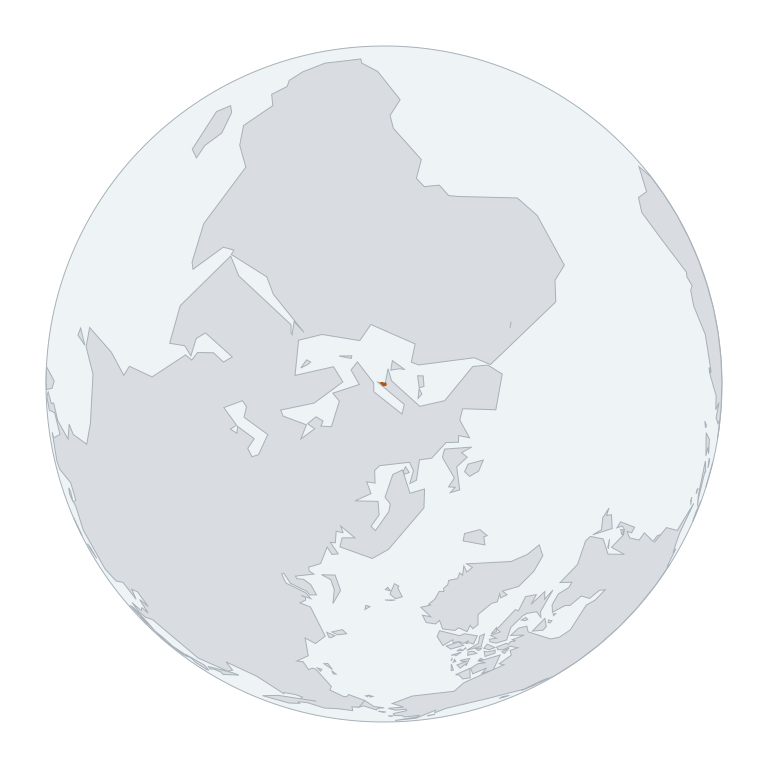 globe centered on Taranto, rotated 177°
{"feature_id": "ITA-5408", "entity_name": "Taranto", "entity_type": "Province", "adm_level": 1, "iso_a3": "ITA", "parent_name": "Italy", "parent_adm1": "", "projection": "orthographic", "projection_center": [17.129, 40.529], "detail": "fine", "context": "on_globe", "style": "filled", "palette": "amber", "viewbox_px": 768, "rotation_deg": 177, "n_neighbors": 0, "source": "natural_earth", "source_scale": "10m", "svg_char_len": 11356}
<svg xmlns="http://www.w3.org/2000/svg" viewBox="0 0 768 768"><g transform="rotate(177 384 384)"><circle cx="384" cy="384" r="338" fill="#eef3f6" stroke="#a8b0b8"/><path d="M229.3,83.6L244.7,77.5L235.3,81.8L241.4,79.8L253.7,74.7L260.3,71.9L298.0,64.3L339.4,56.8L350.5,53.0L349.6,55.6L369.4,48.6L390.6,47.4L367.7,49.9L366.3,51.3L381.2,50.4L383.0,51.8L391.2,52.4L391.9,54.4L378.5,56.6L378.7,58.1L389.3,57.6L396.7,59.9L381.2,60.3L392.5,64.5L372.2,70.9L330.0,73.5L319.7,81.6L278.9,97.3L283.6,98.6L271.1,106.5L272.0,111.3L264.2,113.6L271.6,115.5L278.5,112.6L284.1,112.6L285.3,115.4L275.5,118.6L273.5,117.6L271.2,120.1L265.9,120.6L269.2,121.9L257.2,125.9L270.6,126.3L262.4,133.2L254.0,134.7L253.0,128.9L231.0,120.7L222.2,121.9L210.8,128.7L193.5,152.7L184.6,157.0L173.9,166.9L179.6,166.7L190.0,159.1L198.0,162.0L209.8,153.1L214.8,153.3L227.7,147.2L227.7,154.6L220.8,165.3L210.1,171.0L206.7,176.2L218.5,176.5L200.2,193.6L190.9,216.8L185.9,221.0L173.3,217.8L169.2,202.4L152.9,201.3L165.4,209.0L152.8,220.7L151.5,225.9L153.4,229.7L158.9,228.2L155.0,234.0L141.2,227.8L144.5,222.4L148.9,224.1L146.8,217.4L137.4,214.8L131.8,221.7L123.5,212.8L119.4,217.9L115.3,219.3L122.4,211.5L109.4,225.8L98.8,222.4L80.9,248.6L96.4,220.0L100.6,209.7L104.2,200.3L101.1,204.3L110.0,188.4L111.0,185.0L107.9,189.1L124.4,167.7L142.6,147.6L162.2,129.0L183.3,112.1L205.7,96.9L229.3,83.6ZM81.8,232.8L83.0,230.6L79.3,239.6L73.4,250.9L81.8,232.8ZM68.1,264.0L63.5,277.6L59.8,288.7L68.1,264.0ZM53.8,312.2L53.1,315.8L50.7,330.4L52.6,327.0L54.1,332.9L50.4,347.9L54.1,340.9L52.9,354.6L58.1,377.4L56.7,379.0L60.5,416.5L70.6,445.6L72.8,461.6L71.1,465.9L75.9,475.2L76.1,479.8L100.6,516.0L117.6,541.9L120.1,556.9L111.7,562.3L118.0,587.7L106.7,577.0L108.7,579.9L94.9,559.0L82.7,537.1L72.2,514.3L63.4,490.8L56.4,466.8L51.1,442.3L47.7,417.4L46.2,392.4L46.5,367.3L48.7,342.3L51.1,326.7L52.4,318.9L52.2,319.8L53.8,312.2ZM76.0,256.0L67.1,290.3L67.3,279.2L68.2,279.3L71.4,268.7L75.9,253.7L77.4,245.5L76.0,256.0ZM82.9,252.1L84.1,247.4L83.6,251.0L82.9,252.1ZM262.9,70.6L253.7,74.5L242.0,79.1L249.4,75.5L262.9,70.6ZM285.4,64.0L281.6,65.7L275.1,66.5L279.3,65.3L285.4,64.0ZM358.1,50.6L350.3,51.5L357.3,50.3L358.1,50.6ZM392.2,52.2L393.9,51.7L397.4,52.4L392.2,52.2ZM226.8,143.8L227.2,145.5L224.6,145.7L226.8,143.8ZM232.0,139.7L228.7,138.7L230.7,136.7L232.7,137.3L232.0,139.7ZM401.8,56.1L407.0,57.7L399.4,56.4L401.8,56.1ZM235.6,141.5L234.6,133.2L238.1,129.8L248.7,129.5L235.6,141.5ZM408.5,58.9L421.3,63.6L426.1,62.5L419.7,68.9L411.0,62.4L400.8,60.7L407.6,60.4L408.5,58.9ZM280.3,110.5L272.9,113.7L278.0,108.6L280.3,110.5ZM282.2,107.3L289.9,92.8L301.4,90.0L296.4,95.1L310.5,89.9L312.3,95.5L305.0,99.7L297.2,100.3L303.8,102.1L282.2,107.3ZM414.2,72.1L415.3,73.9L411.5,72.6L414.2,72.1ZM286.8,112.3L287.3,109.4L297.3,106.6L298.0,111.9L294.5,111.1L286.8,112.3ZM313.3,86.1L320.8,85.3L324.3,89.5L327.7,89.9L313.3,95.5L313.3,86.1ZM292.9,113.1L298.1,114.8L294.5,118.8L286.9,115.0L292.9,113.1ZM299.5,103.7L304.3,102.8L301.9,105.0L299.5,103.7ZM284.4,134.8L284.8,130.8L290.0,128.9L284.4,134.8ZM300.3,115.2L301.6,113.9L303.7,112.8L306.3,114.8L300.3,115.2ZM316.8,98.3L316.7,100.4L322.9,96.2L325.8,99.6L315.6,102.8L321.2,102.9L322.1,104.0L312.8,105.5L316.8,98.3ZM315.3,113.8L303.4,119.9L301.5,127.3L296.8,129.1L300.7,116.9L315.3,113.8ZM314.7,108.7L314.0,112.2L308.5,112.4L305.5,110.1L314.7,108.7ZM331.4,100.9L329.6,94.7L331.9,94.3L331.4,100.9ZM315.9,115.9L318.7,114.4L316.4,116.4L315.9,115.9ZM327.9,105.3L326.9,103.1L329.5,102.6L327.9,105.3ZM325.3,113.6L321.4,115.4L319.3,113.8L325.3,113.6ZM327.3,109.7L331.2,109.6L320.8,112.1L326.5,108.8L327.3,109.7ZM330.5,105.2L331.7,104.2L330.5,106.2L330.5,105.2ZM335.6,119.0L323.1,122.5L318.3,118.8L331.2,115.8L335.6,119.0ZM222.2,544.3L197.7,493.2L207.8,478.7L208.2,457.0L276.6,397.9L292.7,405.5L348.4,401.2L355.6,404.4L350.8,422.4L394.0,444.1L405.9,428.6L443.2,436.7L467.0,432.2L472.4,397.2L433.5,403.9L425.0,388.2L454.8,368.6L488.6,363.4L486.4,357.2L463.6,347.3L469.9,333.5L455.5,342.9L462.4,348.4L453.6,354.8L446.8,350.2L449.3,345.3L438.7,344.1L429.5,369.2L435.6,377.5L408.7,384.8L416.2,399.7L409.4,407.5L394.2,385.5L394.6,376.8L367.6,353.0L364.8,362.5L390.1,386.1L382.8,384.5L379.2,399.0L376.3,386.8L349.4,359.8L324.2,364.2L294.5,396.8L279.3,397.5L265.4,387.8L273.7,352.4L306.8,355.2L310.2,344.0L301.4,325.8L312.2,328.6L312.7,321.9L325.1,322.3L340.3,307.4L352.6,306.4L356.6,286.2L363.4,283.3L359.1,295.8L362.6,304.5L392.7,302.7L397.9,298.1L398.1,285.5L406.4,287.2L402.7,275.2L419.1,268.8L396.1,267.1L395.7,253.5L404.5,242.5L400.2,238.0L385.9,256.2L384.0,263.9L388.9,270.9L379.9,293.2L370.0,297.2L363.8,273.5L349.0,277.0L350.6,258.2L388.2,218.6L404.9,210.4L436.6,223.7L433.8,232.6L421.1,231.9L434.7,244.5L432.7,237.7L439.5,239.4L440.9,228.0L445.8,228.7L438.7,216.8L444.9,216.5L449.3,224.1L456.7,208.0L469.0,205.0L468.3,201.1L464.0,197.8L482.5,196.8L481.2,194.1L474.6,193.2L467.6,187.4L462.5,177.0L469.2,177.2L471.9,181.0L487.7,189.7L494.0,200.4L496.2,199.6L492.4,190.4L473.1,179.6L468.2,173.4L477.8,177.2L473.9,175.3L473.5,172.3L479.4,169.8L469.1,165.2L455.9,135.3L466.0,128.4L476.1,134.5L473.9,116.6L485.5,111.9L479.4,110.9L474.2,102.7L470.6,104.0L467.2,103.0L452.4,84.7L454.1,81.3L440.8,74.0L437.6,73.7L435.6,75.7L419.7,68.9L426.1,62.5L432.9,63.3L432.3,59.5L447.8,62.3L460.4,63.5L477.8,70.0L486.3,71.1L485.0,69.5L495.6,70.4L521.6,79.1L506.0,78.6L468.1,70.8L484.0,74.1L482.0,75.7L488.7,78.5L499.9,81.1L500.2,79.9L526.3,98.8L556.3,114.8L550.2,106.2L555.0,105.3L583.9,120.0L627.5,160.9L634.3,163.4L640.5,169.2L647.1,178.9L638.4,170.5L637.5,173.3L631.5,167.6L639.3,181.6L631.1,174.1L641.1,189.4L646.6,192.2L642.8,182.0L655.0,199.5L662.0,201.4L672.2,213.9L691.9,253.7L698.0,277.3L700.3,282.8L697.8,284.0L702.0,301.7L712.4,316.1L714.7,324.3L717.9,353.1L716.7,347.5L710.2,350.6L714.4,372.6L719.5,375.2L721.4,389.3L719.8,393.6L717.2,381.8L714.9,382.4L711.7,364.4L702.4,345.6L700.5,360.3L697.0,349.9L684.0,339.4L679.2,360.3L674.1,408.9L679.5,436.8L675.0,455.8L654.6,430.0L643.4,406.3L637.3,415.0L615.2,403.2L580.7,423.4L574.7,417.9L568.5,425.2L552.7,424.1L543.1,414.3L534.1,419.0L559.6,444.4L569.1,439.3L575.4,422.2L580.9,432.6L595.9,435.9L583.4,472.9L530.4,519.8L523.4,499.6L473.7,448.0L474.2,440.3L473.9,439.5L473.2,438.1L470.5,451.0L461.3,439.9L489.8,479.4L495.4,497.1L529.7,521.3L526.9,525.7L537.4,529.0L568.7,508.6L569.3,515.7L555.6,553.6L510.6,607.8L515.6,630.0L510.7,649.5L480.5,667.8L481.0,679.2L465.1,686.2L462.7,692.2L448.7,700.0L426.2,707.5L390.1,709.8L389.5,705.7L373.9,696.4L353.0,667.1L363.9,651.9L361.3,638.9L335.0,606.2L340.9,587.7L333.5,579.0L318.4,579.7L309.6,568.8L300.3,567.4L241.1,562.8L222.2,544.3ZM255.2,433.3L253.8,439.8L255.2,433.3ZM526.2,374.8L545.2,368.8L533.4,350.6L539.8,347.0L533.4,342.5L532.5,349.4L516.5,336.2L523.5,326.8L519.6,318.2L513.0,320.0L502.7,339.6L525.5,358.1L522.5,368.5L526.2,374.8ZM58.3,377.9L58.5,383.6L57.3,380.0L58.3,377.9ZM64.9,283.3L64.1,288.3L63.0,293.0L63.0,290.1L64.9,283.3ZM65.2,323.3L65.6,330.1L64.1,325.6L65.2,323.3ZM66.3,295.4L64.8,318.5L62.0,311.7L63.4,297.4L63.9,303.7L66.3,295.4ZM78.1,257.9L77.1,261.9L75.7,263.5L78.1,257.9ZM82.6,254.9L82.6,254.0L84.1,250.5L82.6,254.9ZM153.6,221.0L154.6,221.7L155.3,226.4L152.7,225.8L153.6,221.0ZM172.5,239.1L165.8,248.3L168.7,241.0L163.7,241.6L163.7,227.7L183.4,222.5L174.5,227.0L172.5,239.1ZM169.1,208.7L166.9,217.4L168.5,208.2L169.1,208.7ZM303.3,287.3L308.1,292.2L304.3,299.5L288.8,302.9L294.1,292.0L303.3,287.3ZM315.8,297.5L313.9,274.3L323.5,272.0L318.4,277.1L324.9,277.9L318.6,286.4L329.5,307.7L326.9,315.8L299.7,316.4L310.1,311.4L304.7,306.6L315.8,297.5ZM292.3,226.2L291.6,218.0L313.2,223.2L311.4,230.4L295.8,233.6L288.9,227.2L292.3,226.2ZM254.5,143.4L252.8,141.3L255.5,140.2L259.2,141.1L254.5,143.4ZM284.2,133.1L264.6,151.9L261.7,150.3L253.7,164.3L242.9,165.7L248.5,156.4L234.2,168.4L234.9,160.6L226.1,169.4L239.6,148.6L239.6,142.7L243.6,148.6L253.5,147.4L257.8,145.1L270.0,134.5L275.0,122.0L285.6,119.4L291.7,121.0L292.1,123.6L285.1,124.3L290.7,127.3L280.9,130.4L284.2,133.1ZM357.7,151.1L349.4,149.1L358.9,159.1L349.2,160.8L350.9,161.8L344.5,166.4L339.7,174.0L335.0,173.7L335.2,176.8L330.9,180.2L329.6,184.5L320.7,185.8L318.3,191.4L315.5,188.9L313.8,198.2L311.1,191.9L305.3,196.2L311.0,200.1L266.4,200.1L249.8,206.3L237.4,215.2L234.4,204.2L244.1,189.2L260.1,174.8L276.5,171.0L272.1,167.1L278.7,164.3L279.4,168.5L282.3,160.5L287.9,159.4L302.1,148.9L302.8,138.7L308.1,135.0L310.6,138.5L314.0,132.4L322.3,136.6L326.2,134.2L338.3,136.3L340.9,145.0L345.1,141.7L354.4,143.6L357.7,151.1ZM338.9,119.8L344.2,129.0L341.4,134.7L321.5,128.7L316.8,130.4L304.0,127.6L308.3,119.6L311.5,121.0L315.7,120.6L312.7,123.3L318.2,120.9L322.9,123.0L328.5,121.8L328.7,125.0L338.9,119.8ZM362.9,397.6L368.3,398.4L376.5,397.5L374.4,406.9L362.9,397.6ZM344.2,379.5L349.0,378.4L350.0,390.5L344.4,390.0L344.2,379.5ZM350.7,367.9L349.2,377.4L346.7,372.0L350.7,367.9ZM363.4,294.4L368.4,292.8L369.2,295.7L366.9,300.2L363.4,294.4ZM384.0,184.0L379.7,181.3L380.9,179.6L376.9,170.5L383.9,169.0L389.0,173.9L384.0,184.0ZM466.3,404.4L460.0,412.2L456.1,409.7L459.1,407.5L466.3,404.4ZM415.4,411.2L427.5,414.3L414.7,413.8L415.4,411.2ZM390.9,180.8L388.4,177.1L393.4,178.7L390.9,180.8ZM388.7,167.4L394.4,168.3L384.2,167.7L388.7,167.4ZM563.2,628.5L537.0,664.8L522.6,670.0L521.9,663.2L532.9,643.1L550.3,631.7L559.5,619.6L563.2,628.5ZM720.3,416.9L719.8,418.4L713.2,404.3L715.7,397.1L721.4,396.1L721.2,401.3L721.5,401.5L720.3,416.9ZM680.7,438.3L687.1,448.9L684.0,455.7L680.7,438.3ZM703.6,290.1L704.3,296.9L702.7,293.4L700.7,282.7L703.6,290.1ZM680.0,225.0L686.2,235.4L688.6,240.0L685.8,236.1L680.0,225.0ZM446.5,167.4L444.4,181.3L447.4,191.4L456.3,196.8L442.8,195.7L438.2,180.1L446.5,167.4ZM454.1,139.0L446.2,135.2L450.1,133.4L452.4,134.1L454.1,139.0ZM449.0,139.1L438.5,140.9L434.4,136.6L443.5,135.9L449.0,139.1ZM414.8,159.8L413.7,163.9L409.7,162.4L414.8,159.8ZM700.9,266.7L695.5,253.6L693.4,248.3L697.4,257.7L700.9,266.7ZM639.8,164.6L636.1,161.0L632.0,155.9L635.8,159.7L639.8,164.6ZM615.4,138.0L629.7,153.4L640.6,167.1L640.7,166.2L649.4,176.4L645.4,173.4L632.5,158.1L625.6,149.3L617.7,142.1L608.4,132.9L599.9,126.7L593.6,121.5L599.2,124.7L615.4,138.0ZM596.4,124.5L578.2,112.8L573.8,107.3L576.8,108.6L587.0,116.1L588.8,118.5L596.4,124.5ZM572.5,108.6L574.0,111.0L550.3,103.6L544.2,100.9L559.9,102.4L562.1,105.0L568.7,108.1L572.5,108.6ZM418.6,73.5L415.6,73.9L416.7,72.5L418.6,73.5ZM465.4,103.9L461.0,102.3L462.5,100.4L465.4,103.9ZM449.8,97.1L451.2,100.4L447.0,96.8L449.8,97.1ZM454.8,107.9L450.4,101.6L458.6,107.8L454.8,107.9Z" fill="#d9dde1" stroke="#a8b0b8" stroke-width="1"/><path d="M386.9,385.4L385.7,385.3L385.4,385.2L385.2,385.2L384.8,384.9L384.5,384.8L384.4,384.7L384.5,384.5L384.5,384.4L384.4,384.3L384.5,384.3L384.8,384.3L384.9,384.2L384.6,384.2L384.4,384.2L384.3,384.3L384.2,384.3L384.2,384.2L383.6,384.1L383.3,384.2L383.0,384.5L382.8,384.8L382.7,384.8L382.7,384.7L382.5,384.4L382.4,384.3L382.2,384.3L382.1,383.9L382.1,383.6L382.1,383.4L382.2,383.2L382.2,382.9L382.5,382.8L382.6,383.0L382.7,382.9L382.8,382.9L383.0,383.0L383.1,382.9L383.2,382.7L383.4,382.6L383.5,382.6L383.5,382.8L384.0,382.9L384.2,382.7L384.4,382.6L384.6,382.6L384.9,382.7L385.0,382.7L385.0,382.8L385.2,383.0L385.3,383.1L385.3,383.3L385.5,383.5L385.4,383.8L385.6,384.2L385.6,384.3L385.9,384.5L386.0,384.6L386.1,384.4L386.3,384.4L386.4,384.5L386.6,384.7L386.9,384.8L387.0,384.9L387.0,385.0L386.9,385.3L386.9,385.4Z" fill="#f59e0b" stroke="#b45309" stroke-width="1.5"/></g></svg>